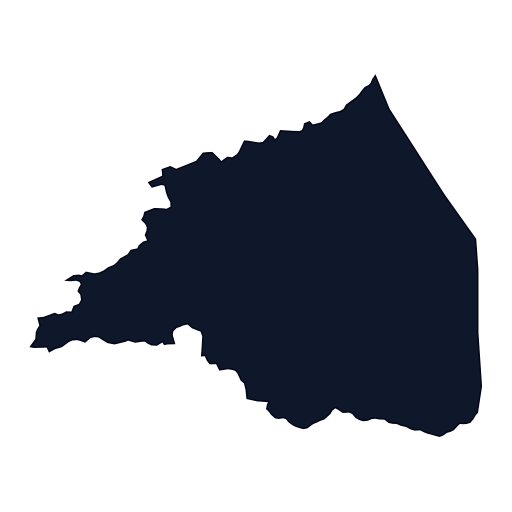 Monteiro, Paraíba, Brazil
{"feature_id": "56859067B82633114024292", "entity_name": "Monteiro", "entity_type": "district", "adm_level": 2, "iso_a3": "BRA", "parent_name": "Brazil", "parent_adm1": "Paraíba", "projection": "mercator", "projection_center": [-37.158, -7.889], "detail": "fine", "context": "isolated", "style": "filled", "palette": "ink", "viewbox_px": 512, "rotation_deg": 0, "n_neighbors": 0, "source": "geoboundaries", "source_scale": "gbopen_adm2", "svg_char_len": 2900}
<svg xmlns="http://www.w3.org/2000/svg" viewBox="0 0 512 512"><path d="M444.1,195.0L430.0,173.1L404.5,133.3L389.0,109.2L375.3,75.8L372.8,79.5L371.2,83.4L369.0,85.7L365.1,87.6L362.0,91.3L359.9,94.3L356.6,97.7L352.8,100.6L350.2,102.4L346.5,105.1L344.2,109.3L340.4,111.6L335.4,112.8L330.8,114.3L327.5,117.6L324.6,119.9L321.5,123.0L318.2,123.9L312.6,125.3L309.4,121.9L304.6,123.9L303.9,127.5L302.5,130.6L299.4,131.8L293.2,131.6L280.5,130.8L277.4,137.8L274.8,140.2L273.0,137.1L269.5,135.6L266.2,139.4L263.0,142.7L258.6,143.2L247.8,141.4L244.5,141.2L239.0,152.6L237.1,154.9L232.3,158.1L227.6,157.4L224.6,159.5L221.1,162.2L219.3,159.7L212.1,152.7L206.8,152.9L203.2,153.3L196.6,161.4L176.2,169.6L170.3,166.8L162.4,169.6L162.9,176.2L148.8,182.5L152.1,186.9L161.1,184.3L165.0,184.9L166.7,192.6L168.3,197.0L171.0,202.0L171.2,207.2L166.5,209.6L163.6,209.1L154.4,208.7L144.9,212.4L143.8,216.6L142.0,219.7L145.8,223.5L147.6,227.4L147.1,231.0L145.5,235.0L148.1,240.9L143.3,242.3L139.2,245.9L137.9,249.0L131.1,250.4L128.1,254.8L120.4,259.1L117.1,263.1L113.8,265.7L108.4,267.9L103.8,271.2L99.6,273.1L94.4,274.1L86.2,272.4L82.0,276.0L78.7,275.3L73.6,275.8L66.6,280.2L71.0,280.5L76.2,280.0L80.0,281.3L81.6,284.4L79.5,287.9L78.3,291.2L81.0,294.4L81.8,300.0L79.4,304.4L74.1,306.4L71.8,312.3L66.4,312.0L62.5,314.1L58.3,315.1L54.8,313.5L49.7,315.4L43.5,317.6L38.1,318.1L40.1,325.7L37.6,329.5L36.5,332.3L36.0,339.2L30.7,346.6L33.7,347.2L43.2,347.0L47.2,346.8L49.3,351.6L54.8,348.5L61.6,346.5L68.5,341.4L72.2,339.8L77.0,339.4L80.1,340.1L85.0,341.9L90.3,337.3L94.5,336.4L98.5,336.7L107.7,342.4L114.5,343.7L124.9,341.2L128.1,339.9L135.1,342.0L142.1,341.0L145.3,341.0L147.9,343.0L151.5,344.7L156.7,345.0L162.7,341.4L164.4,344.3L167.6,343.7L174.4,343.5L172.0,335.1L172.6,331.0L176.3,327.3L179.6,326.3L182.4,324.9L187.8,323.7L192.4,327.7L201.2,331.1L203.0,336.4L202.7,341.0L202.2,350.0L201.7,355.7L205.3,355.4L207.4,360.2L210.0,363.6L216.6,363.4L219.7,369.8L228.0,368.5L232.8,369.3L235.7,370.3L237.9,372.9L241.3,380.2L244.6,383.0L246.2,389.5L247.1,398.4L257.5,400.7L269.1,401.5L267.6,404.8L266.8,408.8L269.5,411.4L271.2,413.9L275.4,417.7L278.8,418.2L283.2,417.5L286.5,418.6L289.2,422.0L292.7,424.5L295.9,426.2L299.7,427.4L303.5,428.4L307.2,427.6L310.5,425.1L313.1,423.3L316.4,422.0L320.0,420.2L323.8,418.9L326.4,416.7L329.8,413.6L331.9,410.1L335.2,407.4L338.7,409.3L342.7,412.1L345.8,412.1L349.1,411.8L352.7,413.4L356.0,417.4L359.6,419.4L363.3,420.5L367.7,420.0L371.5,418.4L375.1,418.0L379.3,418.7L384.8,419.0L388.8,422.3L392.8,423.1L396.7,423.2L401.0,425.1L406.4,426.3L410.5,428.6L415.0,429.9L420.3,429.6L424.2,431.6L427.4,432.9L431.4,433.9L436.5,435.4L439.6,436.2L443.0,434.8L446.6,432.2L450.2,431.2L453.4,429.6L456.9,425.8L459.7,423.1L463.2,423.5L466.6,423.2L469.9,422.2L472.8,418.8L474.9,415.2L477.3,412.4L481.3,386.4L477.7,332.5L477.7,269.5L475.5,239.1L444.1,195.0Z" fill="#0f172a" stroke="#020617" stroke-width="1.5"/></svg>